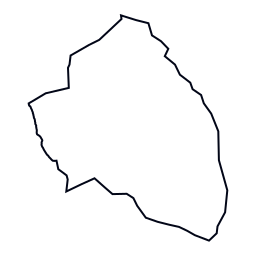 outline of Zereg, Hovd, Mongolia
{"feature_id": "93677404B75624012027982", "entity_name": "Zereg", "entity_type": "district", "adm_level": 2, "iso_a3": "MNG", "parent_name": "Mongolia", "parent_adm1": "Hovd", "projection": "mercator", "projection_center": [92.604, 47.134], "detail": "fine", "context": "isolated", "style": "outline", "palette": "ink", "viewbox_px": 256, "rotation_deg": 0, "n_neighbors": 0, "source": "geoboundaries", "source_scale": "gbopen_adm2", "svg_char_len": 1603}
<svg xmlns="http://www.w3.org/2000/svg" viewBox="0 0 256 256"><path d="M121.0,15.4L121.5,19.0L99.2,39.9L89.1,44.9L70.6,55.5L69.5,64.6L68.0,67.8L68.8,87.9L45.7,93.3L28.7,103.4L28.8,103.8L28.8,104.2L28.9,104.6L29.1,105.0L29.1,105.4L29.4,105.8L29.7,106.1L30.2,106.3L30.4,106.6L30.7,107.3L31.0,108.2L31.3,108.8L31.8,109.7L32.2,111.0L32.7,112.1L32.9,112.8L32.9,113.6L33.3,114.2L33.4,115.1L33.5,115.7L33.7,116.2L33.8,116.7L33.9,117.7L34.1,118.2L34.5,118.8L34.7,119.4L34.9,120.4L35.0,121.7L35.3,122.6L35.3,123.9L35.6,124.5L36.1,125.3L36.2,125.7L36.1,126.9L36.3,127.4L36.4,128.3L36.5,128.9L36.7,129.5L36.8,130.0L36.8,130.4L36.8,131.0L36.7,132.0L36.7,133.0L36.9,133.7L37.1,134.3L37.9,134.9L38.8,135.4L39.9,136.3L40.3,136.7L41.6,138.9L42.1,139.8L42.3,140.4L42.2,140.9L41.9,141.5L41.7,142.0L41.6,142.6L41.6,143.2L41.7,143.7L41.6,144.3L41.5,144.8L41.9,146.0L42.3,146.9L42.9,147.7L43.4,148.7L43.7,149.4L43.9,149.8L45.7,152.7L47.0,154.7L48.2,155.7L49.1,157.1L50.7,158.7L51.1,159.2L51.6,159.7L52.0,160.1L52.4,160.4L52.5,160.5L53.0,160.8L54.1,160.8L54.6,160.9L54.9,160.8L55.2,160.8L55.6,160.8L55.9,160.8L56.5,160.7L58.3,169.2L60.6,170.9L66.6,175.4L67.7,179.5L66.3,191.5L81.3,184.3L94.5,178.3L105.1,187.7L112.5,194.1L126.7,193.8L133.4,198.1L137.2,205.8L145.8,217.7L157.6,221.8L169.1,224.7L179.0,226.9L187.2,230.8L194.9,235.2L209.0,240.6L216.7,233.3L217.5,226.4L225.1,212.3L227.3,190.3L218.9,160.2L218.3,131.3L211.2,113.6L203.8,103.3L201.1,95.0L192.6,89.2L190.3,82.7L179.9,74.7L175.0,64.6L164.8,56.2L168.3,48.8L161.0,41.2L152.0,35.4L148.4,23.2L136.1,20.1L121.0,15.4Z" fill="none" stroke="#020617" stroke-width="2"/></svg>